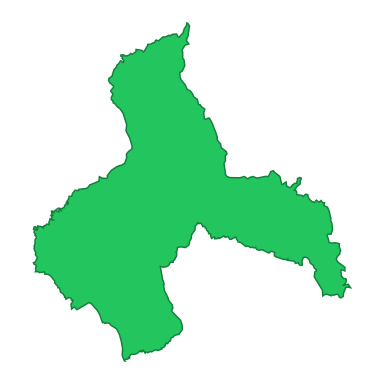 Wang Thong, Phitsanulok, Thailand (Robinson projection)
{"feature_id": "78962969B63856806538884", "entity_name": "Wang Thong", "entity_type": "district", "adm_level": 2, "iso_a3": "THA", "parent_name": "Thailand", "parent_adm1": "Phitsanulok", "projection": "robinson", "projection_center": [100.584, 16.85], "detail": "fine", "context": "isolated", "style": "filled", "palette": "green", "viewbox_px": 384, "rotation_deg": 0, "n_neighbors": 0, "source": "geoboundaries", "source_scale": "gbopen_adm2", "svg_char_len": 5935}
<svg xmlns="http://www.w3.org/2000/svg" viewBox="0 0 384 384"><path d="M124.3,360.9L125.1,361.0L124.6,360.2L125.1,359.4L128.0,359.0L128.5,357.3L129.5,358.1L129.5,356.6L130.8,354.4L134.8,354.2L137.6,353.2L140.0,350.8L140.8,351.5L141.2,351.1L141.3,351.7L142.3,351.0L142.3,351.5L142.5,351.6L143.4,350.4L145.1,353.1L145.9,352.0L147.6,352.7L150.4,351.5L151.8,351.9L154.9,349.8L156.5,350.0L156.7,350.7L156.8,350.2L158.1,350.4L161.2,349.3L161.5,348.3L162.1,348.6L162.4,347.8L164.0,347.1L165.2,345.8L164.9,345.0L165.5,344.8L165.8,343.4L167.0,343.0L167.3,343.6L168.5,342.7L168.7,341.8L170.4,340.9L171.2,337.7L173.1,337.1L174.7,335.3L178.9,334.3L182.4,329.4L182.0,324.5L180.6,320.4L172.0,311.6L171.9,310.0L172.9,308.1L172.2,304.8L168.8,300.5L167.6,296.8L164.6,291.1L163.5,284.7L164.0,284.6L164.0,283.3L162.6,279.5L160.3,266.4L163.3,267.2L166.7,266.6L168.7,265.3L170.4,262.1L173.1,262.3L173.2,260.8L174.9,259.5L175.3,257.8L176.4,256.7L176.8,252.8L176.0,252.2L177.0,250.7L177.5,247.3L181.6,246.9L185.5,247.6L188.6,245.3L189.5,243.2L189.6,241.0L191.3,238.6L191.5,235.0L195.0,229.9L195.3,225.7L196.8,224.7L197.4,222.8L199.0,223.7L200.1,223.0L201.3,223.7L202.8,226.5L204.7,226.4L205.1,227.8L206.3,228.5L206.5,230.0L208.3,231.9L208.7,233.8L210.0,233.5L210.8,234.4L210.6,236.0L211.6,238.4L214.2,236.9L214.8,237.5L214.7,238.8L217.4,238.6L218.6,237.6L219.2,238.5L224.1,236.0L225.2,237.3L228.3,236.6L229.6,239.2L231.1,239.4L235.6,237.0L238.2,242.0L241.1,242.6L245.7,246.5L247.8,246.0L250.7,247.6L252.3,247.2L254.1,248.0L255.6,247.5L256.7,249.5L259.0,250.2L262.2,249.8L268.7,253.0L269.4,252.9L270.3,251.5L272.4,251.5L274.6,252.6L274.3,255.7L275.4,256.6L283.8,259.5L285.2,259.3L286.7,260.0L287.8,258.9L288.0,260.4L293.6,261.0L295.2,262.2L295.3,263.4L298.2,262.8L299.4,264.8L300.6,265.4L301.9,265.4L302.4,264.6L301.9,261.2L303.4,257.5L304.9,257.0L307.1,257.7L309.4,260.0L310.2,263.1L313.0,265.1L314.6,268.5L316.6,269.8L316.4,270.7L314.9,271.9L314.2,276.8L322.4,290.2L322.8,296.0L324.4,294.7L326.7,294.2L331.4,295.8L332.7,294.7L333.8,295.2L337.1,294.1L338.3,294.9L339.5,297.4L341.1,297.8L343.2,296.5L343.5,293.3L345.6,287.8L347.6,287.1L350.6,287.7L348.1,284.2L343.7,285.1L346.0,282.3L346.3,279.4L345.5,278.6L343.5,278.6L341.4,275.9L340.8,270.4L341.9,269.7L344.9,270.9L344.9,267.3L337.5,261.7L336.3,259.3L337.1,256.8L339.7,254.0L339.9,252.0L340.7,250.7L339.2,246.7L339.3,243.6L335.1,242.7L331.2,243.2L330.0,242.8L328.9,241.9L328.3,238.5L327.3,236.7L327.1,235.4L328.1,234.0L331.0,234.2L332.6,229.8L331.9,223.4L330.7,220.2L330.9,218.4L329.1,211.1L327.5,207.3L324.0,205.6L324.5,202.8L322.5,202.6L321.2,200.5L318.9,202.2L316.4,200.2L314.4,202.5L311.8,201.5L309.3,199.1L307.8,196.3L308.0,195.0L306.8,194.3L305.5,194.4L303.1,196.6L301.9,195.4L296.8,194.7L296.5,191.1L294.2,190.2L295.5,189.1L296.4,186.9L300.3,183.9L300.1,181.4L301.4,178.5L301.0,177.9L300.0,177.5L297.4,178.5L297.6,180.4L296.9,181.4L296.8,183.4L294.8,183.3L292.1,185.2L291.1,187.3L289.1,187.5L286.6,186.0L286.1,182.0L284.3,182.9L282.9,184.5L281.7,184.1L279.8,176.4L274.4,172.2L273.4,170.7L270.7,171.6L268.9,175.7L267.9,176.5L265.3,176.4L257.0,178.1L252.8,176.5L249.5,177.5L247.9,178.9L244.3,176.5L239.8,177.8L229.8,177.6L227.0,176.5L225.7,175.0L224.0,163.4L225.5,160.4L225.2,156.0L227.0,153.9L226.2,151.5L221.1,147.6L220.6,143.9L217.3,140.2L217.2,137.0L215.7,132.3L212.3,123.5L209.5,118.3L208.7,118.0L205.4,119.2L204.3,118.7L203.7,112.9L204.8,109.0L201.6,106.9L200.3,104.8L198.5,104.5L197.3,99.3L193.9,97.1L192.7,94.1L190.3,90.9L187.3,89.5L185.1,84.7L181.1,79.7L180.1,77.3L179.7,72.7L182.4,71.0L184.8,65.5L184.1,60.2L182.7,58.1L182.7,52.4L182.0,50.1L185.0,45.3L188.8,43.9L186.2,40.3L188.0,36.2L189.5,25.9L187.7,23.3L186.7,23.0L186.4,25.5L184.1,29.1L183.1,32.7L179.1,37.2L178.1,37.0L176.6,34.0L172.6,34.3L170.2,35.8L169.2,35.2L164.8,37.1L162.9,36.9L158.7,40.8L155.9,40.1L154.2,42.9L152.6,43.0L150.9,44.2L147.7,44.4L147.6,45.5L143.7,52.0L141.7,50.4L136.1,49.4L135.9,51.7L132.3,54.3L130.5,53.4L129.6,55.0L125.7,56.1L123.7,54.9L120.9,55.0L120.9,56.2L122.6,56.8L122.1,58.4L123.8,60.7L123.8,61.8L123.0,62.6L121.3,60.9L120.5,60.9L118.6,63.9L117.0,65.0L116.3,67.3L114.0,69.5L112.0,76.2L109.0,78.3L108.5,80.2L109.7,82.7L113.6,86.1L113.1,87.8L110.8,90.5L110.9,91.5L113.0,93.9L111.4,97.4L111.3,99.6L113.1,101.0L113.1,102.8L114.8,103.5L117.3,106.8L119.9,108.7L123.1,113.3L126.7,124.8L126.0,130.8L129.7,138.1L132.1,146.1L131.8,149.1L128.7,151.3L126.5,153.9L126.6,157.9L124.8,163.1L121.5,165.4L120.2,165.3L116.4,166.9L111.4,170.3L107.3,175.5L107.5,177.3L106.8,178.4L102.4,178.2L99.4,176.7L98.9,181.2L89.6,185.0L88.4,187.0L86.2,188.5L78.9,189.3L78.4,190.5L75.1,190.3L72.5,193.4L71.7,196.2L69.0,196.4L69.0,198.1L66.1,203.0L66.6,203.4L68.0,202.2L68.3,203.0L67.5,204.6L66.5,204.0L64.7,205.3L64.0,207.8L63.0,207.8L62.2,208.8L59.4,208.3L60.7,210.4L58.6,209.3L59.1,210.4L58.7,212.0L56.4,210.8L56.8,209.2L54.7,210.8L53.7,212.9L53.1,212.7L52.8,211.1L51.5,211.1L51.8,213.8L51.0,215.4L52.6,215.1L52.9,215.5L51.7,216.6L51.5,218.3L51.8,219.1L53.3,220.0L52.2,220.2L50.1,218.8L48.8,222.9L49.1,224.6L46.6,224.1L45.7,225.5L44.2,225.6L43.4,228.0L42.3,227.6L42.4,226.8L37.7,226.0L37.9,228.1L37.2,230.2L36.0,230.0L36.3,227.2L34.9,226.6L34.2,227.0L33.4,229.2L34.4,230.1L34.1,232.7L35.3,234.0L34.8,235.1L36.4,236.9L36.2,238.2L35.0,239.6L35.0,244.1L34.1,245.8L34.5,246.9L34.0,248.8L35.9,253.2L35.3,254.6L37.4,257.6L35.4,261.8L33.4,262.8L33.8,263.9L36.4,265.5L35.5,269.0L36.0,270.8L35.4,271.7L38.3,271.7L39.3,272.6L44.4,271.9L44.7,274.1L48.3,274.4L51.0,276.2L54.8,281.3L54.9,283.3L57.7,286.3L58.0,287.8L59.3,287.8L59.7,288.5L60.5,292.1L62.8,293.6L64.4,295.8L64.6,297.3L65.7,297.4L65.9,299.2L68.9,297.5L71.0,298.2L71.5,300.1L73.0,300.0L71.9,303.1L71.0,304.0L71.6,309.0L74.4,307.0L77.0,309.7L89.1,302.5L91.6,304.0L97.2,310.3L99.8,314.9L102.5,322.7L103.6,322.3L104.7,323.3L107.6,322.9L109.5,323.4L111.0,325.4L116.6,328.9L119.5,334.7L121.4,341.8L122.6,348.6L122.2,355.4L124.3,360.9Z" fill="#22c55e" stroke="#15803d" stroke-width="1.5"/></svg>